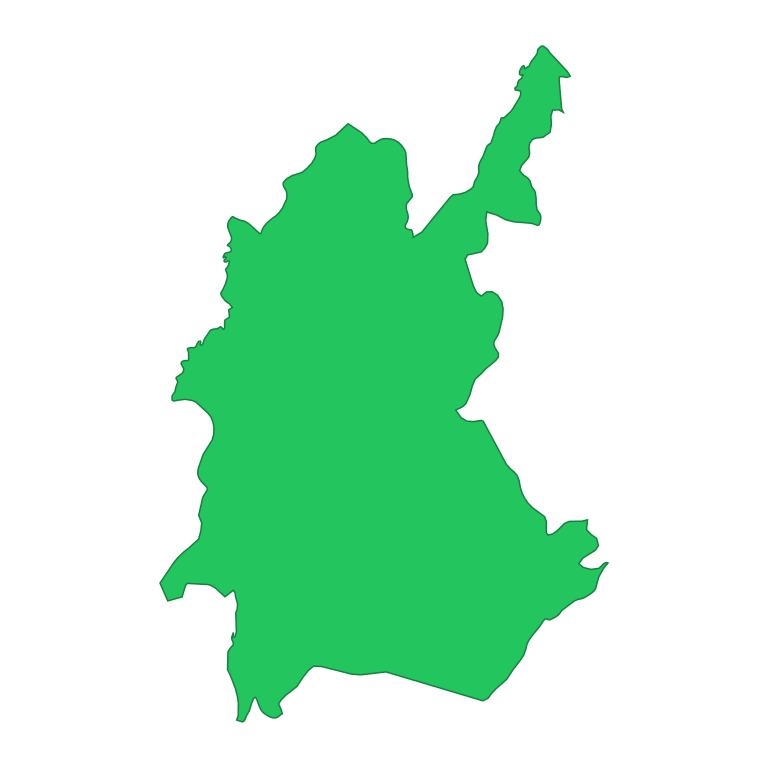 the Province of Diyala
{"feature_id": "IRQ-3243", "entity_name": "Diyala", "entity_type": "Province", "adm_level": 1, "iso_a3": "IRQ", "parent_name": "Iraq", "parent_adm1": "", "projection": "natural_earth1", "projection_center": [45.079, 34.055], "detail": "fine", "context": "isolated", "style": "filled", "palette": "green", "viewbox_px": 768, "rotation_deg": 0, "n_neighbors": 0, "source": "natural_earth", "source_scale": "10m", "svg_char_len": 6074}
<svg xmlns="http://www.w3.org/2000/svg" viewBox="0 0 768 768"><path d="M563.3,112.3L558.6,109.8L552.6,110.1L550.9,116.3L551.4,124.4L550.1,132.2L543.0,137.3L535.6,138.1L532.3,139.5L529.8,143.1L529.0,147.0L529.6,153.4L528.8,157.1L521.6,165.5L519.6,170.7L523.5,175.2L525.6,176.4L527.9,178.2L529.9,180.6L531.6,186.6L534.2,190.1L535.3,192.3L536.1,198.4L536.2,204.4L537.1,209.8L540.0,214.0L540.7,216.1L540.7,219.5L540.0,222.9L538.9,225.0L537.4,225.3L531.7,223.3L513.8,221.8L505.8,219.8L496.9,215.1L486.8,212.0L485.7,220.8L487.9,233.8L487.5,243.3L484.8,248.1L481.3,251.9L467.6,255.0L465.1,259.2L473.2,285.6L476.5,292.5L481.3,296.1L486.5,291.9L492.3,291.8L497.7,295.3L501.7,301.6L503.1,308.9L502.6,316.8L499.1,332.2L497.9,335.1L494.2,341.2L493.7,344.1L495.0,347.8L498.4,353.3L498.4,356.9L495.7,360.5L485.2,369.3L481.4,373.5L475.1,379.2L472.2,386.3L470.0,394.5L466.0,403.4L463.8,405.7L461.3,407.4L455.7,410.0L461.1,417.7L467.0,421.2L473.8,421.6L481.5,420.4L483.2,421.2L506.4,464.4L509.9,468.4L513.9,471.8L517.3,475.7L519.2,481.0L520.3,487.5L522.1,493.1L524.7,498.3L528.3,503.5L532.3,507.6L544.6,516.7L546.4,521.5L546.3,532.9L548.1,535.1L552.6,534.0L556.9,531.0L564.5,523.5L569.2,521.4L581.9,521.2L587.5,519.8L586.5,529.6L591.1,534.5L596.6,538.4L598.5,545.5L595.3,550.3L582.9,558.0L578.9,563.6L583.4,567.5L591.1,569.4L599.0,568.3L603.8,563.6L605.1,562.9L606.4,562.6L608.0,563.0L603.7,568.1L599.6,575.4L598.6,577.4L595.5,588.9L593.6,591.4L590.8,593.6L584.7,597.5L581.6,598.7L577.9,599.4L574.3,601.0L562.1,610.2L559.4,613.7L557.2,615.9L554.1,617.8L550.1,619.7L549.0,619.8L545.9,618.8L544.7,619.4L543.2,621.0L540.3,625.6L531.2,636.9L528.7,640.6L527.0,644.1L526.0,648.6L523.6,655.3L520.1,660.6L513.3,669.2L507.3,678.5L505.5,680.4L495.5,689.2L491.3,693.8L488.1,698.2L482.9,700.8L386.0,671.9L360.7,674.8L351.5,674.1L321.5,666.5L313.6,666.1L308.5,670.3L302.7,677.6L297.0,686.4L285.6,695.4L281.0,700.1L278.6,703.9L280.9,709.0L282.4,713.8L281.2,714.3L278.2,716.8L275.5,717.9L272.5,717.8L269.6,716.8L264.5,713.7L262.4,711.8L260.8,709.5L259.4,706.6L257.1,700.3L255.6,697.3L253.7,698.2L251.8,702.8L249.2,711.1L246.6,715.6L244.4,720.7L242.5,721.9L236.7,720.1L238.2,715.6L238.4,703.1L237.4,696.4L235.4,688.5L230.7,676.2L227.5,669.4L228.0,651.7L230.5,647.9L233.0,645.1L233.3,643.9L233.2,642.5L232.2,640.3L231.6,637.6L233.4,632.4L233.4,635.3L232.7,636.3L232.8,637.2L233.8,637.3L235.0,636.5L236.4,632.0L235.8,612.8L237.1,609.7L237.4,605.8L237.7,604.6L235.5,596.3L235.1,592.7L233.2,590.3L225.0,596.8L215.3,587.9L210.1,585.0L207.5,584.5L187.3,583.4L185.5,585.6L182.1,596.9L167.8,600.9L160.0,583.1L173.9,562.5L177.8,557.7L183.9,551.9L188.4,548.4L198.7,539.0L200.9,530.7L201.7,522.8L198.7,515.4L202.6,498.1L203.7,495.7L207.3,489.8L207.3,488.4L206.7,487.1L201.5,481.7L199.8,479.4L198.5,476.7L197.8,473.8L197.9,470.9L198.4,468.0L203.2,454.3L212.2,440.0L213.7,434.4L214.0,428.4L213.1,422.2L211.1,417.3L208.1,413.3L196.0,402.1L192.1,400.4L185.2,399.3L178.1,400.2L174.1,401.0L172.9,400.7L172.1,399.9L172.0,397.3L172.2,395.7L175.1,391.4L175.8,387.5L177.7,382.2L177.3,380.6L176.0,378.4L176.4,377.3L182.0,373.4L183.0,372.3L183.6,370.3L183.7,369.0L183.3,367.8L181.4,364.4L181.1,363.2L181.6,362.1L182.6,361.2L184.8,360.6L187.8,360.5L188.4,360.1L188.7,359.3L188.5,351.7L187.4,349.7L187.4,348.9L188.3,348.2L190.7,347.6L193.8,347.8L195.0,347.4L196.0,346.4L196.8,344.3L198.7,341.4L200.3,341.1L200.7,341.8L200.8,342.8L200.2,344.3L200.3,344.8L201.6,345.2L202.4,344.7L202.9,343.7L203.6,341.1L204.6,338.8L210.1,330.6L211.1,329.9L213.4,329.1L217.3,328.8L220.3,326.8L221.1,326.9L223.3,329.3L224.1,329.0L224.6,327.6L224.6,321.8L225.0,320.0L229.2,317.4L229.4,316.1L228.7,309.8L232.3,307.4L229.3,303.6L227.4,302.5L225.4,300.9L223.1,298.1L221.6,295.9L220.9,294.1L220.9,292.7L222.9,289.5L225.5,283.8L227.3,277.8L227.4,275.2L225.6,269.3L228.0,266.4L229.5,261.5L228.7,260.9L227.9,261.0L226.5,261.9L224.6,261.9L224.1,261.3L224.1,260.4L225.9,258.0L226.0,257.3L225.1,256.7L223.4,257.8L223.2,257.3L223.4,256.1L224.6,253.9L225.6,253.0L230.3,251.9L231.2,251.0L231.5,249.8L230.3,247.3L229.4,246.3L227.4,245.5L227.7,244.7L230.8,241.8L231.5,239.4L231.6,237.6L227.7,227.2L227.8,224.2L228.6,221.2L231.7,217.2L232.8,216.6L235.1,218.0L240.2,220.2L244.2,221.1L246.5,222.2L249.3,224.1L258.8,232.8L260.1,233.7L260.9,233.6L262.2,229.8L263.9,226.5L266.8,223.1L271.2,219.2L275.5,216.2L279.2,212.6L282.5,208.0L286.6,199.2L287.0,194.5L286.1,190.7L283.8,186.8L283.2,184.8L283.2,183.0L284.5,180.9L287.0,178.6L292.3,175.5L299.6,173.3L302.8,171.9L306.5,168.8L311.5,163.6L315.0,157.7L316.1,154.1L315.6,149.4L315.8,147.3L317.5,144.8L320.5,142.3L327.2,139.7L335.8,135.2L348.0,123.7L361.8,132.9L367.2,138.4L369.7,141.8L371.4,143.1L373.2,143.5L374.7,143.1L380.7,139.4L383.0,138.8L386.0,138.5L391.5,139.1L394.8,140.2L397.3,141.6L400.8,144.6L402.8,147.1L405.0,150.6L405.9,153.5L406.6,164.8L407.7,172.0L407.6,175.6L407.9,179.3L409.3,186.6L412.3,194.7L412.3,196.1L411.9,197.3L407.1,203.1L406.4,204.5L406.1,206.0L406.5,209.8L408.0,214.6L408.2,218.0L407.1,222.0L405.2,225.5L405.2,226.8L405.8,228.2L406.6,228.8L408.6,229.5L411.4,229.9L412.0,230.8L412.5,232.3L413.3,237.3L421.8,232.2L450.0,197.5L453.5,194.5L455.4,194.6L460.6,193.9L465.5,192.3L470.3,189.5L472.2,187.9L473.4,186.3L474.6,181.5L477.6,176.3L478.9,172.4L479.0,171.5L478.6,169.8L478.6,167.5L478.9,165.2L479.4,163.5L480.4,161.1L483.2,156.0L486.6,146.9L487.8,145.3L489.0,144.2L490.6,143.5L491.1,142.5L493.7,135.3L494.5,131.5L496.5,126.6L499.0,123.8L500.2,121.8L500.9,118.5L501.5,117.9L504.0,117.9L510.6,111.7L512.8,108.8L518.7,99.1L520.1,96.2L520.7,94.1L520.7,91.7L519.5,90.7L515.4,90.1L514.8,88.2L517.3,85.9L518.2,81.3L519.2,80.0L521.4,78.6L522.6,76.2L522.9,75.2L522.5,74.7L521.0,75.2L520.3,75.0L519.6,74.3L519.5,71.7L520.1,70.0L521.7,67.1L522.7,66.1L523.6,65.7L524.2,66.3L524.4,68.6L524.8,68.8L526.9,67.3L529.0,66.3L530.7,62.5L532.1,60.4L534.8,57.1L537.2,53.5L537.7,49.6L540.0,47.1L541.6,46.1L543.3,46.1L547.0,48.9L548.2,50.2L549.6,52.5L567.4,71.6L570.2,76.2L567.2,77.4L565.9,77.4L562.7,76.6L560.0,76.7L559.4,77.2L559.1,79.4L561.6,108.8L563.3,112.3Z" fill="#22c55e" stroke="#15803d" stroke-width="1.5"/></svg>